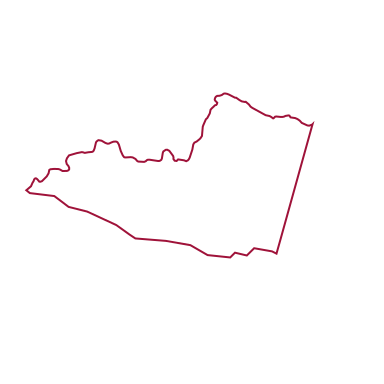 Warren, New Jersey, United States of America, rotated 57°
{"feature_id": "52423323B72584796071045", "entity_name": "Warren", "entity_type": "district", "adm_level": 2, "iso_a3": "USA", "parent_name": "United States of America", "parent_adm1": "New Jersey", "projection": "robinson", "projection_center": [-75.098, 40.843], "detail": "fine", "context": "isolated", "style": "outline", "palette": "rose", "viewbox_px": 384, "rotation_deg": 57, "n_neighbors": 0, "source": "geoboundaries", "source_scale": "gbopen_adm2", "svg_char_len": 2153}
<svg xmlns="http://www.w3.org/2000/svg" viewBox="0 0 384 384"><g transform="rotate(57 192 192)"><path d="M131.8,123.2L132.2,124.2L131.8,125.6L131.9,126.3L132.1,126.9L132.6,129.8L133.1,131.6L135.8,134.3L138.3,138.9L138.6,140.8L142.1,146.1L143.1,147.4L150.4,153.1L151.4,155.3L151.8,156.8L152.2,160.6L151.9,163.1L152.8,165.0L156.6,168.6L161.9,175.2L162.9,177.0L163.2,178.2L163.0,180.1L161.1,181.4L157.1,185.9L157.6,188.0L156.3,189.5L154.2,189.6L153.0,188.7L151.5,188.2L145.1,188.6L143.0,189.8L142.3,191.1L142.4,194.0L143.3,195.2L147.6,199.1L148.3,200.3L148.3,202.2L147.6,203.5L142.8,208.9L141.8,210.0L140.9,211.4L140.7,212.6L141.0,214.0L140.7,215.7L137.2,220.5L136.0,221.1L133.5,221.4L130.7,222.9L129.4,224.4L126.9,228.8L126.1,229.8L125.6,230.0L123.5,230.1L118.8,229.4L112.4,227.5L109.8,227.4L108.8,227.8L108.0,228.7L107.0,230.5L106.5,232.8L106.2,235.2L105.5,236.5L103.7,237.9L99.7,239.9L97.6,242.2L97.5,243.0L97.7,244.6L98.1,245.5L102.4,250.0L103.8,252.0L104.1,253.2L103.9,254.1L102.2,257.3L100.8,260.6L99.4,261.8L99.2,261.9L98.5,262.8L96.6,267.6L94.3,275.2L95.6,278.5L97.4,280.8L100.3,281.8L103.0,281.5L104.8,281.8L106.1,282.7L106.5,283.8L106.2,285.5L103.8,289.2L101.4,290.4L100.1,291.4L97.5,295.1L95.8,298.4L95.8,299.7L98.2,302.1L99.8,305.3L101.2,311.9L100.8,313.6L100.2,314.4L97.0,314.8L95.7,315.3L95.2,316.0L95.4,317.4L96.7,319.1L97.4,320.7L99.5,323.9L100.3,330.0L104.6,328.6L120.4,309.7L137.3,303.6L151.3,290.6L178.5,273.5L193.6,267.6L200.1,264.8L218.8,240.5L235.7,222.3L253.4,213.3L267.7,195.6L266.3,189.0L275.1,180.6L273.0,170.5L285.4,157.2L289.7,154.7L280.3,144.0L200.8,54.0L200.9,54.5L200.2,57.6L199.0,59.0L193.8,62.3L190.8,62.8L188.3,63.8L186.2,65.2L183.1,68.7L181.0,68.7L180.3,69.4L179.1,72.2L178.9,73.8L178.3,75.3L177.4,76.7L174.5,80.3L174.1,81.4L174.6,83.5L174.4,83.9L172.2,84.7L170.5,85.6L167.7,88.4L166.2,89.2L154.3,95.6L152.3,96.4L149.6,96.6L145.6,97.8L145.4,98.5L143.1,100.9L140.8,102.1L137.0,103.6L136.3,104.6L130.5,107.9L128.8,109.1L127.3,110.7L126.8,111.9L126.9,114.1L126.6,115.4L126.2,116.7L125.1,118.5L125.1,120.2L125.9,121.7L127.0,122.7L128.0,122.8L130.9,122.2L131.8,123.2Z" fill="none" stroke="#9f1239" stroke-width="2"/></g></svg>